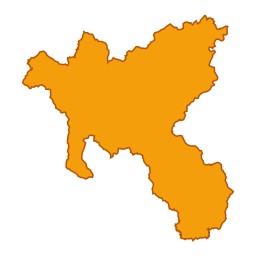 the district of Mueang Chiang Rai, Chiang Rai, Thailand
{"feature_id": "78962969B25429486303013", "entity_name": "Mueang Chiang Rai", "entity_type": "district", "adm_level": 2, "iso_a3": "THA", "parent_name": "Thailand", "parent_adm1": "Chiang Rai", "projection": "natural_earth1", "projection_center": [99.821, 19.878], "detail": "fine", "context": "isolated", "style": "filled", "palette": "amber", "viewbox_px": 256, "rotation_deg": 0, "n_neighbors": 0, "source": "geoboundaries", "source_scale": "gbopen_adm2", "svg_char_len": 5732}
<svg xmlns="http://www.w3.org/2000/svg" viewBox="0 0 256 256"><path d="M22.7,82.8L25.1,85.0L28.0,86.0L29.8,88.6L30.9,88.4L31.8,86.9L34.2,87.1L36.0,85.6L38.4,86.7L39.7,85.2L41.9,84.9L44.9,86.6L46.0,89.3L48.5,89.2L50.6,89.9L50.6,96.0L50.0,97.2L52.4,99.5L53.6,103.3L55.2,104.7L55.8,106.4L55.7,107.9L60.6,110.9L60.9,112.6L62.3,112.8L64.6,112.0L65.6,112.5L66.2,115.5L68.9,118.8L68.9,120.0L67.5,122.0L67.8,124.4L69.4,127.1L68.6,130.1L69.3,132.2L68.0,135.8L67.4,142.2L67.6,143.3L68.4,143.8L68.8,147.2L67.6,151.1L69.0,155.2L68.1,156.1L68.5,158.6L67.0,159.8L66.3,162.2L66.1,167.2L67.9,169.0L69.4,169.0L70.3,170.3L75.8,173.3L77.5,174.9L77.7,175.8L80.5,177.4L83.3,177.7L85.8,179.0L89.5,176.9L92.5,177.3L93.0,175.2L92.0,172.7L91.4,172.5L90.5,170.2L87.0,167.9L85.8,163.4L82.0,159.5L81.7,157.2L82.2,153.0L84.4,147.4L85.6,142.8L83.3,140.7L83.7,139.5L84.5,138.8L88.3,137.9L88.6,136.2L90.7,135.1L94.5,136.0L94.1,136.8L94.4,138.3L93.7,139.0L94.1,141.2L96.0,141.2L97.0,142.2L98.7,142.7L99.4,145.2L102.6,147.8L103.4,149.3L105.5,149.6L109.4,152.8L110.8,155.2L110.6,157.8L112.8,156.6L113.4,153.8L114.1,153.3L116.4,154.1L117.2,153.5L117.8,152.7L118.5,148.4L123.6,149.2L128.8,147.6L129.4,147.9L131.0,151.2L130.6,152.3L132.7,153.8L132.8,154.8L133.6,154.8L134.9,153.6L136.5,153.7L137.1,153.1L137.5,153.9L139.7,154.0L142.6,155.5L142.8,158.2L143.5,159.0L143.9,161.5L146.9,165.7L148.4,165.5L149.6,167.4L150.2,172.6L148.9,174.5L149.4,177.3L148.7,178.0L153.3,183.2L153.3,186.2L152.1,188.9L152.9,191.7L152.8,193.8L155.2,193.6L156.2,195.3L158.3,196.5L158.6,197.3L162.2,198.4L163.0,200.8L165.4,200.7L166.7,202.3L167.7,202.4L168.7,204.9L169.4,208.9L170.2,208.7L172.3,210.1L174.1,209.2L174.4,210.3L177.0,211.0L178.4,213.2L178.0,216.2L178.7,217.9L178.5,219.9L179.1,220.5L179.0,221.4L179.5,221.1L179.3,222.2L176.2,224.5L175.5,224.2L175.2,226.1L176.2,226.5L175.9,228.9L176.4,229.1L176.2,229.5L176.9,230.7L177.3,230.2L177.9,231.0L178.6,230.8L179.2,232.1L179.9,232.2L180.0,231.7L181.0,232.9L180.8,234.2L179.8,234.4L180.5,235.6L181.2,235.3L180.5,237.6L181.8,238.5L183.8,238.7L185.1,239.6L186.1,238.6L189.3,238.9L191.0,238.2L192.4,239.3L192.9,240.6L195.5,238.2L196.3,238.1L197.2,239.1L200.6,237.6L201.7,238.0L205.7,237.2L206.6,238.5L208.3,237.6L208.6,237.9L208.3,237.3L208.8,236.7L208.3,236.6L209.3,235.3L208.9,233.4L209.4,232.7L209.1,231.7L208.9,231.9L209.0,230.7L207.5,229.2L208.7,228.5L209.7,229.6L210.5,229.5L212.2,228.2L213.4,228.6L214.8,227.8L217.4,228.3L218.3,229.3L219.3,229.1L220.3,228.0L221.6,224.5L223.2,222.1L224.8,221.0L225.5,219.1L226.2,218.7L225.6,217.2L225.7,215.0L225.1,211.7L226.2,208.2L227.2,207.6L227.7,203.6L226.5,201.4L227.8,199.8L228.0,198.0L229.5,196.9L230.0,194.8L232.5,193.1L233.3,191.6L231.1,189.5L228.8,188.3L227.4,186.4L227.1,184.4L225.1,180.2L226.3,177.4L225.5,176.2L225.1,173.7L223.4,172.1L223.5,171.0L221.6,169.9L221.3,164.6L219.2,162.9L217.3,162.4L211.8,164.6L211.5,165.2L210.5,164.5L209.9,165.0L209.1,164.2L206.6,165.0L204.2,164.2L203.5,163.0L203.2,161.1L201.6,158.8L201.2,154.8L202.0,154.4L202.3,153.4L201.2,150.6L199.5,150.7L197.4,147.7L195.0,145.9L191.0,146.1L187.7,144.9L185.3,142.9L182.0,135.9L179.6,135.4L177.9,136.1L175.9,136.0L172.2,133.4L172.2,132.4L173.1,131.3L171.9,131.8L171.6,131.4L172.4,127.3L173.1,126.3L174.1,126.1L173.8,124.2L175.3,122.2L177.9,121.1L179.1,119.8L179.4,120.3L180.6,119.6L181.0,120.4L183.7,119.7L185.5,114.9L184.1,113.0L184.6,111.7L185.5,111.9L187.0,111.0L186.5,109.9L187.2,108.5L186.6,107.7L187.4,105.4L189.4,104.7L190.7,102.7L193.4,101.3L195.0,97.8L196.6,98.4L198.2,98.1L199.2,95.6L200.7,93.9L203.5,92.2L206.7,91.7L208.7,90.5L210.3,89.2L211.6,86.2L214.4,85.1L214.3,84.4L212.8,83.1L212.7,82.1L213.9,80.9L216.7,80.0L217.6,78.6L217.7,77.3L214.6,71.9L214.4,67.6L209.5,65.9L209.1,65.0L210.8,59.9L212.5,56.9L212.7,54.9L214.8,52.9L215.2,51.6L214.0,50.3L211.6,51.5L210.5,51.5L208.9,49.5L208.9,48.1L209.5,47.2L210.9,47.1L212.7,48.4L213.2,47.1L215.3,46.3L214.0,43.8L215.2,40.6L216.2,39.4L218.4,39.2L221.5,40.9L223.6,39.9L224.0,38.8L223.2,34.7L225.9,34.9L227.2,33.7L227.0,27.9L227.8,26.5L227.4,26.2L225.8,26.2L221.7,28.4L219.8,28.5L219.5,29.3L217.2,29.2L215.9,27.3L215.9,26.1L215.0,24.6L213.3,23.3L214.4,21.6L213.0,20.1L213.0,19.0L211.4,18.9L210.8,18.1L208.9,18.1L207.8,18.6L207.9,19.1L207.1,19.8L205.7,16.0L204.8,15.4L200.5,20.5L199.8,22.2L197.6,23.8L196.2,20.8L193.7,23.0L192.8,24.8L192.1,24.6L190.8,22.7L188.9,23.1L187.1,21.9L184.8,22.5L183.2,23.7L183.2,28.5L180.0,29.6L177.7,29.6L176.8,27.5L175.5,27.2L174.5,27.7L170.2,24.0L165.8,27.0L164.5,28.5L161.2,29.8L158.7,31.7L154.8,32.8L153.6,34.9L154.5,37.7L154.6,39.8L153.3,41.1L150.5,42.4L149.9,44.3L148.2,45.1L147.9,46.9L146.2,48.5L140.6,48.0L138.8,46.9L136.1,46.7L132.4,51.2L131.3,51.5L129.2,50.8L127.0,52.2L126.9,55.3L125.4,55.8L125.9,56.3L125.3,57.8L125.9,58.3L124.4,60.7L122.4,61.5L120.7,60.3L114.7,58.7L113.3,57.7L111.7,60.3L108.8,61.2L107.9,62.5L107.5,57.4L108.8,53.7L108.8,50.5L107.2,48.9L106.9,45.4L105.5,43.1L102.0,41.6L98.4,41.3L97.0,39.4L95.1,39.9L92.7,34.4L89.4,34.2L87.6,32.7L85.4,32.6L83.9,31.7L83.9,33.1L83.2,34.2L82.2,38.2L80.9,39.8L78.5,41.3L79.0,43.3L78.0,44.2L78.9,45.5L77.8,47.6L78.3,48.1L78.2,49.2L76.9,49.1L76.2,49.7L76.9,50.9L74.7,55.2L75.1,55.8L74.4,56.2L74.9,57.4L73.3,57.0L70.5,57.5L69.7,57.0L68.7,58.0L67.7,57.8L67.6,59.7L68.7,62.4L68.1,64.8L67.4,65.4L65.2,64.1L63.8,64.6L60.0,64.2L58.5,63.4L58.0,62.2L54.6,60.8L52.0,58.3L50.7,58.4L50.1,57.4L48.4,56.6L47.5,55.4L46.7,55.2L46.1,53.4L44.2,51.5L43.1,51.2L39.7,52.0L38.7,54.0L36.2,56.3L35.2,56.5L34.6,57.8L31.4,57.6L30.0,59.8L28.2,59.9L28.1,60.7L29.2,61.6L27.8,62.5L27.5,63.5L28.3,63.4L28.2,64.3L29.4,65.1L30.2,66.2L30.1,67.0L31.3,68.5L32.1,68.2L32.2,69.0L31.2,70.1L30.3,69.8L27.5,72.4L27.2,74.9L25.3,76.3L25.5,77.7L23.5,80.1L22.7,82.8Z" fill="#f59e0b" stroke="#b45309" stroke-width="1.5"/></svg>